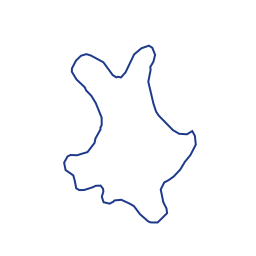 San Lucas Sacatepéquez, Sacatepéquez, Guatemala (Mercator projection), rotated 216°
{"feature_id": "79465075B92764455721704", "entity_name": "San Lucas Sacatepéquez", "entity_type": "district", "adm_level": 2, "iso_a3": "GTM", "parent_name": "Guatemala", "parent_adm1": "Sacatepéquez", "projection": "mercator", "projection_center": [-90.646, 14.595], "detail": "fine", "context": "isolated", "style": "outline", "palette": "blue", "viewbox_px": 256, "rotation_deg": 216, "n_neighbors": 0, "source": "geoboundaries", "source_scale": "gbopen_adm2", "svg_char_len": 1089}
<svg xmlns="http://www.w3.org/2000/svg" viewBox="0 0 256 256"><g transform="rotate(216 128 128)"><path d="M134.5,48.8L131.0,49.1L127.1,52.0L122.0,58.9L120.1,62.3L116.3,65.3L112.4,64.1L110.5,62.0L108.8,57.0L104.1,53.6L98.4,56.0L96.6,59.6L96.4,61.4L91.2,66.0L82.6,67.7L77.3,68.3L67.6,65.3L56.8,64.3L54.2,64.9L48.5,69.0L46.3,82.1L49.6,85.5L55.9,88.8L65.4,97.5L66.7,105.3L64.6,109.4L62.5,115.6L61.3,125.1L62.1,134.1L61.6,142.9L63.4,154.4L69.2,160.9L74.2,163.3L76.6,157.6L83.2,153.4L90.5,152.7L110.5,156.1L114.8,157.7L121.9,162.8L138.8,177.4L143.9,188.4L145.8,190.4L146.4,196.5L149.0,203.0L150.6,204.1L155.5,207.2L159.5,206.9L164.0,200.4L166.3,191.2L162.7,171.5L163.4,164.8L166.4,163.4L167.3,162.1L171.4,161.8L186.6,166.7L200.7,164.8L205.1,163.3L208.5,158.8L209.7,152.0L208.4,143.3L206.5,140.5L198.2,137.0L186.8,135.5L184.0,133.8L176.6,132.5L168.7,129.2L155.4,120.9L151.0,114.9L150.6,112.2L149.4,110.6L148.2,100.5L146.3,96.2L146.6,84.7L151.0,79.0L153.1,76.1L158.7,72.3L160.2,69.4L159.3,62.4L153.8,57.3L144.4,57.5L139.8,53.8L134.5,48.8Z" fill="none" stroke="#1e3a8a" stroke-width="2"/></g></svg>